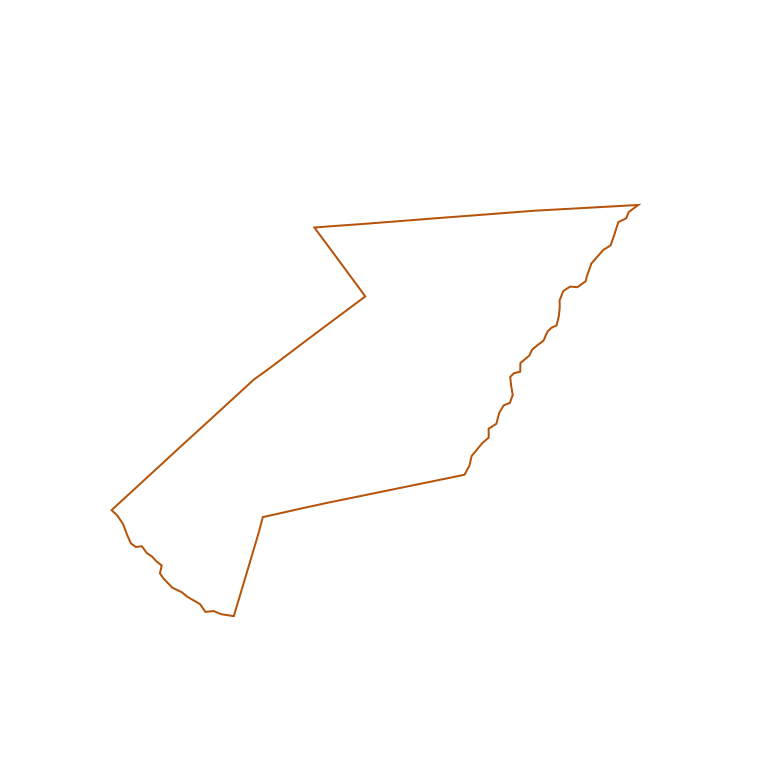 outline of Maravilha, Alagoas, Brazil, rotated 161°
{"feature_id": "56859067B39039377802741", "entity_name": "Maravilha", "entity_type": "district", "adm_level": 2, "iso_a3": "BRA", "parent_name": "Brazil", "parent_adm1": "Alagoas", "projection": "robinson", "projection_center": [-37.404, -9.243], "detail": "fine", "context": "isolated", "style": "outline", "palette": "amber", "viewbox_px": 768, "rotation_deg": 161, "n_neighbors": 0, "source": "geoboundaries", "source_scale": "gbopen_adm2", "svg_char_len": 1136}
<svg xmlns="http://www.w3.org/2000/svg" viewBox="0 0 768 768"><g transform="rotate(161 384 384)"><path d="M601.6,213.4L555.8,277.3L550.3,285.1L541.9,297.6L496.1,292.5L489.1,291.6L476.9,290.2L337.5,272.0L329.9,278.8L324.6,287.4L310.3,296.1L302.4,299.3L299.6,307.7L290.7,309.8L284.4,319.3L277.8,324.8L271.1,325.2L265.8,331.8L264.4,340.7L262.4,349.5L257.7,351.9L251.2,351.3L248.2,359.4L237.5,363.5L232.6,368.4L226.3,370.7L219.0,373.1L212.2,380.5L207.5,382.6L201.8,383.2L196.5,391.4L192.8,399.5L190.8,405.8L184.3,413.5L176.4,415.5L169.6,412.6L159.9,415.5L157.1,419.8L148.7,430.4L133.0,439.4L124.6,441.3L117.3,450.6L109.8,460.7L101.0,461.9L96.7,466.9L85.3,470.5L184.0,498.5L278.1,523.1L352.7,542.4L382.6,550.4L398.9,554.6L393.9,539.0L390.5,528.2L375.9,481.7L373.2,472.9L431.8,454.2L491.4,434.8L505.3,430.7L571.7,401.8L592.2,393.0L682.7,353.4L679.0,346.6L676.3,336.4L676.0,324.8L675.2,315.7L671.7,310.7L665.8,309.4L663.3,301.4L659.5,296.3L656.8,290.2L653.3,284.8L657.5,277.9L655.9,272.0L650.5,260.4L642.8,252.7L639.2,246.8L629.6,235.7L627.1,226.7L619.1,224.8L612.8,219.3L601.6,213.4Z" fill="none" stroke="#b45309" stroke-width="2"/></g></svg>